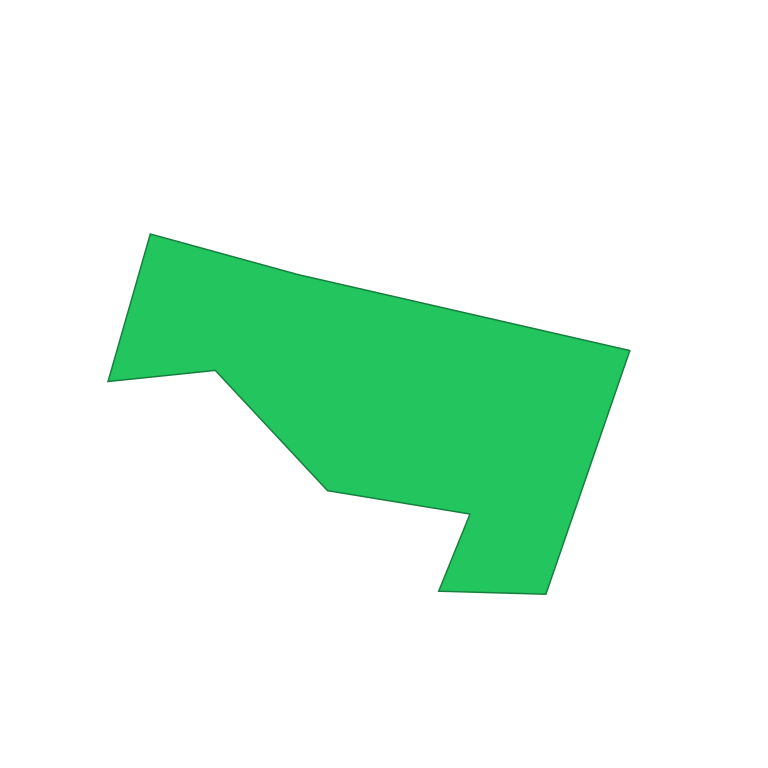 the border of Smith's, rotated 230°
{"feature_id": "BMU-5142", "entity_name": "Smith's", "entity_type": "state/province", "adm_level": 1, "iso_a3": "BMU", "parent_name": "Bermuda", "parent_adm1": "", "projection": "mercator", "projection_center": [-64.729, 32.316], "detail": "fine", "context": "isolated", "style": "filled", "palette": "green", "viewbox_px": 768, "rotation_deg": 230, "n_neighbors": 0, "source": "natural_earth", "source_scale": "10m", "svg_char_len": 291}
<svg xmlns="http://www.w3.org/2000/svg" viewBox="0 0 768 768"><g transform="rotate(230 384 384)"><path d="M338.5,272.2L502.9,263.5L563.3,174.2L649.1,301.4L523.0,388.5L251.6,593.8L118.9,372.9L190.1,292.7L229.1,366.3L338.5,272.2Z" fill="#22c55e" stroke="#15803d" stroke-width="1.5"/></g></svg>